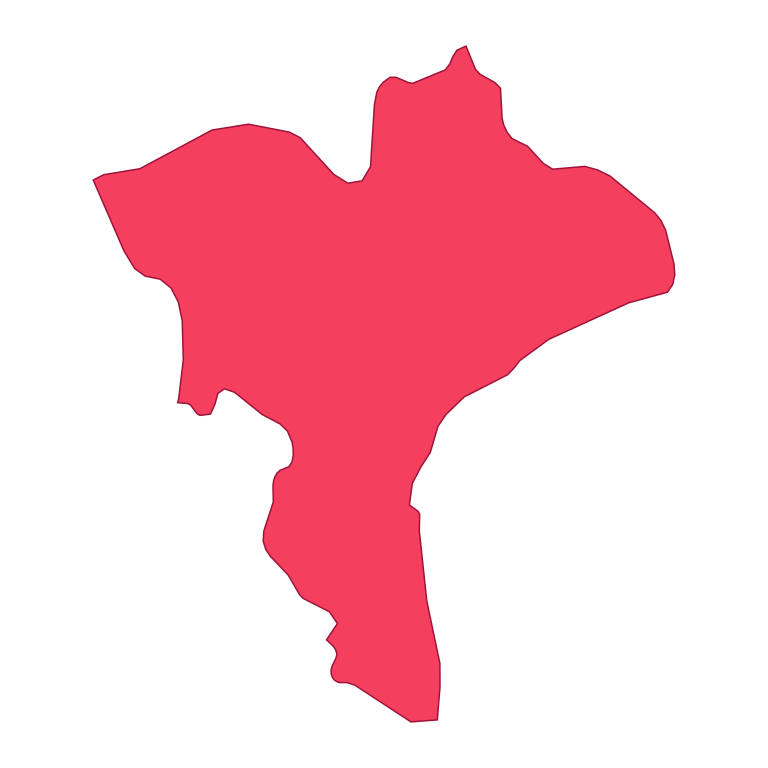 outline of Catanzaro
{"feature_id": "ITA-5393", "entity_name": "Catanzaro", "entity_type": "Province", "adm_level": 1, "iso_a3": "ITA", "parent_name": "Italy", "parent_adm1": "", "projection": "mercator", "projection_center": [16.48, 38.83], "detail": "fine", "context": "isolated", "style": "filled", "palette": "rose", "viewbox_px": 768, "rotation_deg": 0, "n_neighbors": 0, "source": "natural_earth", "source_scale": "10m", "svg_char_len": 1591}
<svg xmlns="http://www.w3.org/2000/svg" viewBox="0 0 768 768"><path d="M667.5,292.2L628.7,302.8L548.8,339.3L519.8,360.6L513.8,368.3L507.6,374.7L464.1,397.0L446.1,414.4L438.0,426.2L430.3,452.4L421.1,466.6L412.3,483.4L409.4,505.0L418.1,511.3L419.7,514.3L419.3,530.8L426.8,601.1L439.9,663.4L440.0,687.1L437.3,719.9L410.9,721.9L354.9,685.2L347.0,682.6L339.8,682.6L337.5,682.0L334.5,680.2L332.4,677.4L331.2,673.9L331.1,669.7L332.3,665.6L335.9,658.3L336.9,654.3L335.8,650.0L333.0,645.9L326.5,639.9L337.4,623.6L329.4,611.8L303.3,598.5L299.6,594.7L288.3,575.2L270.6,556.6L265.8,549.5L263.2,541.2L263.8,531.1L273.3,501.9L273.0,485.9L273.5,481.2L274.9,476.8L277.2,472.9L280.1,470.3L289.0,466.6L292.0,462.0L293.2,455.5L293.1,448.6L292.2,442.5L287.4,431.0L280.1,424.0L262.1,414.5L234.6,392.3L224.4,388.8L217.9,393.5L214.9,404.4L210.5,414.1L199.9,415.4L196.8,413.5L190.8,405.3L187.7,403.5L177.6,402.7L178.6,399.3L183.3,359.9L182.2,320.5L178.3,302.0L171.0,288.0L160.2,279.2L145.3,276.2L134.7,268.6L124.1,251.2L93.2,180.0L103.8,174.7L139.9,168.7L212.1,130.0L248.5,124.2L289.3,132.1L300.2,137.7L333.8,174.4L347.9,183.2L362.1,180.8L370.5,166.7L374.4,104.8L376.8,92.3L379.3,87.1L383.2,82.2L390.1,77.3L396.0,77.3L409.0,82.8L412.8,83.3L445.4,69.8L449.9,63.7L452.8,56.6L457.1,50.1L466.0,46.1L475.5,69.4L480.1,74.3L494.9,82.6L500.5,88.2L502.1,118.4L503.8,125.3L507.4,132.7L512.2,138.7L527.5,146.2L543.3,163.4L552.6,169.2L584.8,166.4L597.8,170.0L610.1,176.1L654.7,212.8L661.0,220.6L665.7,230.3L674.0,264.0L674.8,274.8L672.7,284.6L667.5,292.2L667.5,292.2Z" fill="#f43f5e" stroke="#9f1239" stroke-width="1.5"/></svg>